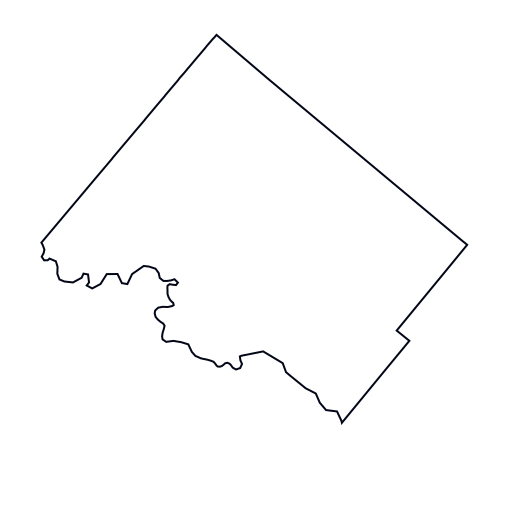 Williams, North Dakota, United States of America (orthographic projection), rotated 40°
{"feature_id": "52423323B9196090230965", "entity_name": "Williams", "entity_type": "district", "adm_level": 2, "iso_a3": "USA", "parent_name": "United States of America", "parent_adm1": "North Dakota", "projection": "orthographic", "projection_center": [-103.614, 48.296], "detail": "fine", "context": "isolated", "style": "outline", "palette": "ink", "viewbox_px": 512, "rotation_deg": 40, "n_neighbors": 0, "source": "geoboundaries", "source_scale": "gbopen_adm2", "svg_char_len": 1898}
<svg xmlns="http://www.w3.org/2000/svg" viewBox="0 0 512 512"><g transform="rotate(40 256 256)"><path d="M410.6,111.7L408.1,111.7L404.5,111.8L153.6,112.5L83.6,112.0L83.6,115.0L83.6,115.6L83.4,117.9L83.3,126.9L83.4,130.1L83.3,142.4L83.3,152.2L83.3,155.7L83.2,156.0L83.3,158.1L83.3,161.5L83.1,169.1L83.3,171.6L83.2,183.1L83.2,189.1L83.2,189.3L83.2,191.6L83.3,192.1L83.2,202.7L83.2,207.0L83.2,215.7L83.2,216.2L83.2,222.4L83.3,222.7L83.2,236.3L83.1,272.7L83.2,273.4L83.2,277.2L83.2,277.9L83.2,279.2L83.1,299.5L83.1,300.1L83.1,307.0L83.1,312.0L83.0,383.7L85.4,384.6L89.8,387.1L91.5,390.4L92.3,394.3L96.5,395.5L99.2,393.1L99.5,390.7L106.1,388.7L111.0,391.9L115.2,397.3L120.5,400.3L125.6,398.7L132.8,393.9L136.4,384.8L135.2,380.4L139.2,378.1L145.1,383.6L145.3,387.4L151.4,386.1L154.9,377.4L153.3,365.8L161.5,358.8L170.7,363.0L175.5,360.2L172.7,349.5L176.4,335.8L180.8,332.9L187.2,330.3L192.4,331.6L196.4,334.7L201.1,334.6L203.8,332.4L206.5,329.4L208.5,326.2L213.3,326.6L213.4,329.7L210.1,331.9L208.0,333.0L207.3,335.6L208.4,337.1L210.7,339.7L212.7,342.0L215.2,343.6L218.2,344.8L221.0,345.2L222.6,345.1L224.5,346.5L224.0,348.2L221.2,351.8L217.3,354.8L214.3,358.4L213.8,362.6L215.3,365.1L218.3,367.2L221.8,367.8L225.1,367.8L228.3,367.4L230.8,368.2L232.4,371.4L233.7,374.6L235.6,377.8L238.0,379.9L242.4,379.5L247.3,374.1L254.1,370.1L260.9,367.2L268.5,370.7L273.9,371.5L276.4,370.7L279.6,369.8L282.3,368.4L285.0,366.9L288.3,365.4L291.5,364.3L294.1,364.7L296.2,365.3L297.7,365.3L299.6,363.9L300.7,361.9L301.1,359.7L301.4,357.9L302.7,356.2L304.2,355.7L305.9,355.5L307.7,355.9L309.9,356.5L313.6,355.8L315.9,352.0L314.7,347.7L311.2,346.0L308.2,343.3L309.0,341.7L322.8,324.5L345.3,320.9L353.7,325.7L359.9,325.7L379.1,325.4L390.2,322.9L399.2,327.4L408.7,329.0L418.0,323.0L427.5,327.4L429.0,328.6L428.3,260.2L428.0,222.4L411.7,222.7L411.0,148.7L410.6,111.7Z" fill="none" stroke="#020617" stroke-width="2"/></g></svg>